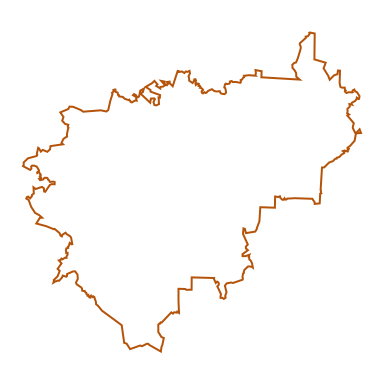 the district of Vestienas pag., Madona, Latvia
{"feature_id": "27541924B49336573653251", "entity_name": "Vestienas pag.", "entity_type": "district", "adm_level": 2, "iso_a3": "LVA", "parent_name": "Latvia", "parent_adm1": "Madona", "projection": "mercator", "projection_center": [25.839, 56.863], "detail": "fine", "context": "isolated", "style": "outline", "palette": "amber", "viewbox_px": 384, "rotation_deg": 0, "n_neighbors": 0, "source": "geoboundaries", "source_scale": "gbopen_adm2", "svg_char_len": 5789}
<svg xmlns="http://www.w3.org/2000/svg" viewBox="0 0 384 384"><path d="M160.9,351.5L161.4,347.3L162.4,344.8L163.8,338.0L161.4,337.0L158.3,332.0L158.3,324.6L159.3,323.6L159.9,323.7L160.6,322.4L161.6,322.6L171.3,312.4L173.0,313.6L174.1,312.3L176.9,312.6L177.2,311.7L179.0,312.9L178.5,301.3L178.5,288.8L185.2,289.0L186.3,289.8L191.6,289.7L191.7,277.4L214.0,278.0L213.8,278.6L215.8,283.0L217.1,281.6L218.4,282.4L218.9,284.1L218.6,285.0L217.3,286.3L221.0,294.2L220.5,296.6L220.6,297.9L222.3,297.8L223.8,298.9L225.6,297.7L225.2,295.9L226.5,292.2L224.9,285.7L226.6,283.4L231.1,282.5L232.9,283.0L242.6,279.7L242.9,278.7L242.5,277.5L242.9,274.0L243.9,272.9L243.6,272.4L244.4,269.9L248.1,266.4L251.6,266.7L252.8,267.6L252.0,263.1L250.6,260.5L249.3,259.4L249.2,257.8L248.7,257.1L249.1,256.3L248.7,256.0L249.3,254.8L245.6,256.1L242.6,256.1L242.5,254.2L247.9,250.2L245.9,248.4L245.9,246.6L247.8,244.5L243.0,233.9L243.5,228.4L244.9,228.9L246.0,233.1L255.2,231.6L256.7,229.3L256.9,228.0L259.4,221.4L260.3,207.2L274.9,207.7L275.1,196.5L278.3,197.0L279.9,196.3L280.4,198.0L282.5,199.8L283.6,199.7L284.5,198.3L285.3,199.6L286.6,199.4L287.2,198.6L295.1,198.2L312.4,198.8L314.7,202.5L314.7,203.9L319.7,203.4L320.2,193.8L321.3,193.3L320.8,192.4L321.0,190.9L320.6,190.3L322.0,167.5L324.2,167.4L329.0,162.6L333.0,161.1L335.3,158.7L336.7,158.6L336.9,157.7L339.4,157.0L341.5,154.6L344.2,153.1L344.4,152.3L342.9,151.1L344.4,150.5L347.7,151.5L348.7,149.0L347.6,149.0L347.5,147.7L350.0,146.0L354.6,140.8L356.0,133.3L361.0,133.0L359.6,129.3L356.9,132.3L355.1,132.7L352.8,128.0L352.8,126.8L353.8,123.2L347.3,115.5L349.1,114.5L347.1,113.2L347.6,111.8L347.4,108.9L349.8,106.6L349.4,104.1L352.0,104.7L351.5,103.9L351.8,102.8L355.2,100.9L356.3,99.5L356.8,97.7L358.5,99.1L359.1,98.8L359.5,96.1L357.0,92.2L355.2,91.3L354.3,89.5L352.7,90.4L352.3,91.8L352.7,92.2L352.3,92.4L348.7,92.2L346.4,93.0L345.0,91.6L345.7,90.5L344.9,90.1L344.7,87.6L342.1,87.7L340.4,86.9L339.6,83.0L340.0,70.7L338.0,70.5L337.4,74.2L334.1,75.3L329.7,79.7L328.2,75.7L323.6,68.4L325.7,62.7L314.4,59.4L314.7,33.5L309.8,32.5L309.3,32.8L309.7,33.8L307.8,36.3L305.7,36.6L305.9,37.8L299.8,43.3L299.8,44.4L300.8,46.9L300.6,49.0L297.8,58.3L296.0,62.5L294.1,63.0L292.3,64.8L292.5,67.9L294.6,70.3L296.1,73.0L296.3,76.7L299.7,79.6L261.4,77.3L261.6,71.2L255.5,70.1L255.9,73.2L255.3,75.2L255.7,75.7L248.9,75.2L244.5,75.7L244.8,76.0L244.2,76.4L244.1,77.2L243.3,77.4L242.1,79.5L240.7,80.0L240.9,82.0L240.3,82.8L235.4,81.9L232.8,82.1L231.7,81.0L230.0,81.5L230.3,82.1L229.4,83.6L227.0,84.1L225.8,83.6L225.0,84.4L224.3,87.5L225.2,88.0L226.1,92.0L225.7,93.2L224.5,94.1L221.5,93.7L220.2,92.6L219.8,91.2L216.4,91.5L214.3,91.0L211.9,89.2L208.1,90.9L206.7,92.5L205.6,93.0L204.6,92.2L203.1,93.4L202.3,93.2L201.6,92.0L201.8,91.0L202.8,90.5L203.0,89.6L201.5,88.2L200.0,87.8L200.5,86.9L199.9,85.9L198.6,86.0L198.9,84.0L197.9,83.5L195.8,85.0L195.4,83.3L195.9,82.3L195.5,81.3L196.0,80.6L195.4,79.2L194.4,79.3L193.6,81.6L192.6,83.0L189.2,80.7L189.1,78.0L188.5,76.3L190.0,73.4L189.5,70.9L187.6,71.8L185.8,71.5L184.4,73.0L182.0,71.5L178.8,72.0L178.7,71.1L177.7,70.9L172.7,86.2L169.8,83.3L169.6,81.6L166.9,82.0L168.1,83.8L166.9,85.2L164.6,83.7L164.4,81.5L161.2,80.9L165.1,85.3L163.2,86.5L160.4,87.0L160.3,88.5L156.2,85.9L157.5,84.4L154.4,80.9L152.3,83.0L145.7,86.9L150.5,90.0L150.5,91.6L160.1,95.1L159.8,97.7L158.6,97.4L159.0,104.1L156.1,105.4L154.4,105.0L153.5,102.1L154.9,99.1L154.2,98.4L150.9,98.6L150.2,102.7L141.7,94.7L140.7,92.8L142.8,92.2L143.9,88.6L140.3,90.6L139.1,96.4L137.8,97.3L137.2,97.5L136.0,95.2L134.0,94.1L133.0,95.2L136.7,97.3L136.1,98.5L136.7,100.7L134.9,100.6L131.9,102.4L130.5,101.8L130.5,101.2L129.4,99.9L129.2,100.3L124.7,98.8L122.8,96.9L119.1,96.4L118.9,95.2L118.2,95.1L117.6,92.5L115.7,91.9L115.4,89.5L114.5,89.5L113.3,90.0L113.6,91.6L112.0,92.8L112.5,94.0L110.3,100.9L108.2,110.1L106.3,111.5L100.8,110.3L83.2,111.7L80.8,110.0L73.1,106.8L69.5,106.6L68.3,109.0L60.3,112.4L63.5,117.0L62.2,120.7L65.1,123.9L68.3,124.8L67.8,126.8L68.5,127.9L68.0,128.8L66.9,134.4L67.1,136.5L63.5,138.8L61.5,142.9L63.0,144.3L50.5,146.1L50.0,149.4L47.3,151.8L42.7,149.9L40.8,151.6L39.1,148.5L38.2,147.8L36.8,153.8L37.3,154.9L36.6,156.0L28.0,158.3L23.7,162.4L23.7,165.1L23.0,166.1L30.2,169.9L31.4,168.6L31.2,166.5L32.2,165.6L34.5,165.7L36.8,166.7L39.0,170.3L38.9,171.0L37.2,172.3L37.3,173.0L38.9,172.1L40.6,174.4L40.1,175.0L40.6,175.4L40.5,176.2L39.9,176.8L41.1,177.6L41.1,178.5L39.2,178.9L40.1,180.2L43.1,179.5L44.5,177.8L46.9,177.8L47.5,178.1L48.0,179.6L48.9,180.1L49.9,181.9L53.4,181.6L54.7,182.1L54.6,184.3L51.7,184.1L49.9,184.9L45.2,191.8L44.1,191.5L43.9,188.3L42.0,186.9L35.7,189.0L33.5,187.3L33.8,193.5L31.9,195.0L31.8,196.4L30.2,198.3L28.1,196.6L26.8,197.2L26.3,198.6L28.6,199.9L31.2,206.9L35.1,212.9L39.0,215.0L42.1,217.7L39.8,217.9L36.3,223.5L46.3,226.2L53.8,229.2L54.6,228.9L59.6,233.1L60.5,235.6L61.9,236.4L62.4,234.7L65.6,232.7L66.6,234.1L69.9,236.1L71.1,237.6L72.3,244.2L71.5,244.3L69.7,242.9L68.8,246.0L67.9,246.8L68.2,247.9L66.3,248.4L65.9,250.6L66.2,251.4L66.2,253.1L67.6,252.9L67.6,254.8L66.6,256.2L66.5,257.9L65.2,257.7L62.5,259.3L61.4,258.6L60.6,260.0L58.9,260.4L61.5,263.4L57.6,268.9L59.7,270.9L57.6,276.3L53.8,280.0L54.1,280.4L53.4,282.7L54.1,282.3L54.3,280.8L55.7,281.5L57.8,280.5L59.1,280.8L62.1,277.4L62.7,275.6L66.4,276.7L67.0,276.0L67.1,274.0L73.1,271.4L75.2,271.4L77.5,274.6L77.8,278.9L76.0,282.5L76.6,284.3L81.2,287.4L82.0,288.5L82.2,290.7L84.8,291.1L85.4,292.3L86.3,292.8L86.3,293.8L87.3,294.6L87.4,295.3L87.9,295.1L87.7,295.8L89.2,296.3L89.3,297.3L90.3,297.6L90.5,295.9L90.8,295.7L90.9,296.6L91.4,296.3L92.8,297.1L93.2,296.3L94.3,297.0L96.0,302.3L96.0,304.1L98.1,305.9L102.0,310.7L121.7,325.2L124.2,342.9L126.6,343.6L130.1,349.1L140.2,345.5L141.9,346.2L147.1,343.7L148.2,343.8L149.4,345.0L160.9,351.5Z" fill="none" stroke="#b45309" stroke-width="2"/></svg>